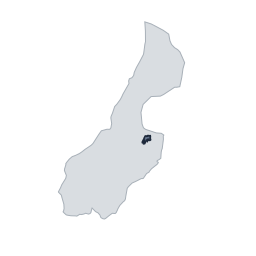 Limbažu pag., Limbaži, Latvia (highlighted), rotated 114°
{"feature_id": "27541924B16495698294804", "entity_name": "Limbažu pag.", "entity_type": "district", "adm_level": 2, "iso_a3": "LVA", "parent_name": "Latvia", "parent_adm1": "Limbaži", "projection": "equal_earth", "projection_center": [24.723, 57.482], "detail": "fine", "context": "in_parent", "style": "filled", "palette": "slate", "viewbox_px": 256, "rotation_deg": 114, "n_neighbors": 0, "source": "geoboundaries", "source_scale": "gbopen_adm2", "svg_char_len": 3716}
<svg xmlns="http://www.w3.org/2000/svg" viewBox="0 0 256 256"><g transform="rotate(114 128 128)"><path d="M186.0,170.3L184.5,170.1L180.4,169.0L176.8,167.3L174.7,165.1L171.1,162.0L168.7,160.5L164.9,158.5L158.7,154.6L156.4,153.7L145.4,152.0L141.4,151.2L137.7,146.7L136.6,144.1L134.8,143.7L132.8,144.2L130.6,144.7L125.7,147.8L124.1,148.2L121.0,148.2L113.8,148.9L110.6,147.8L104.9,146.6L101.8,146.4L99.1,146.4L87.0,145.2L84.8,146.5L82.5,146.8L80.4,144.8L77.7,144.2L74.7,144.9L69.3,144.9L62.9,144.3L54.7,143.8L53.5,144.0L44.4,146.7L42.1,147.1L32.2,151.6L24.2,155.8L23.5,149.1L24.4,135.7L25.7,129.0L31.2,125.2L34.0,122.2L35.7,118.2L36.2,114.5L37.4,111.5L45.3,102.8L51.5,101.9L59.8,99.5L69.2,97.5L70.9,100.0L71.8,102.0L82.9,109.1L85.7,111.4L89.9,119.7L100.3,123.8L108.5,122.5L112.0,120.5L118.6,116.8L121.5,114.0L122.1,111.4L121.0,100.2L119.3,95.4L119.9,92.4L121.0,92.5L123.8,91.1L132.8,88.4L134.6,88.3L136.7,87.8L142.4,85.7L144.3,86.8L145.8,88.0L146.6,88.0L147.0,87.6L146.9,86.8L147.3,86.2L149.0,86.5L155.6,89.9L158.2,90.7L159.9,90.9L162.0,92.5L167.7,93.5L168.4,94.3L168.8,95.3L174.1,99.6L176.5,101.8L181.3,103.7L183.3,104.2L191.5,102.2L193.8,101.5L195.7,101.5L197.7,102.5L202.1,104.0L206.1,104.4L206.9,104.3L210.2,104.4L211.4,105.0L212.3,107.7L216.2,109.9L219.8,111.7L220.7,112.5L221.1,114.1L220.9,116.0L220.4,116.9L219.0,118.1L217.7,120.9L217.6,123.6L215.7,128.3L216.1,128.3L220.5,127.5L221.7,128.0L222.7,129.0L223.1,132.0L224.5,133.3L226.0,135.3L226.5,137.0L229.3,138.9L229.6,140.1L231.4,144.5L232.1,147.1L232.5,149.0L231.7,151.5L231.0,153.2L230.1,153.1L227.6,153.6L223.7,155.6L218.0,160.4L216.5,161.5L215.0,165.2L214.7,165.6L211.2,165.4L210.3,165.3L206.8,165.4L199.3,164.4L196.4,165.0L192.7,168.8L191.2,169.3L186.8,169.8L186.0,170.3Z" fill="#d9dde1" stroke="#a8b0b8" stroke-width="1"/><path d="M135.8,108.0L135.0,107.2L135.4,107.0L135.4,106.9L135.2,106.7L135.4,106.7L135.5,106.6L135.4,106.5L135.6,106.5L135.5,106.4L135.3,106.5L135.2,106.4L134.9,106.3L134.4,106.3L134.2,106.3L134.1,106.2L133.7,106.2L133.6,106.3L132.0,106.4L131.9,106.1L132.0,106.1L132.2,105.4L132.1,105.2L132.3,104.9L131.9,104.9L131.8,105.0L131.6,105.1L131.3,105.2L131.2,105.2L131.1,105.5L131.0,105.8L130.9,105.7L130.5,105.5L130.6,105.4L130.5,105.2L130.4,105.2L130.2,105.0L130.4,105.0L130.4,104.9L130.4,104.7L130.6,104.8L130.6,104.7L130.8,104.6L131.0,104.5L131.0,104.4L131.0,104.5L131.0,104.4L130.9,104.3L130.9,104.2L130.7,104.1L130.8,104.0L130.8,103.9L130.7,103.7L130.7,103.4L130.6,103.2L130.4,103.0L130.3,102.9L130.2,102.7L129.9,102.7L129.6,102.5L129.4,102.6L129.4,103.0L128.6,103.4L128.4,103.3L128.2,103.4L128.0,103.5L127.9,103.5L127.7,103.8L127.6,104.0L127.3,104.1L127.2,104.1L126.8,104.0L126.7,104.0L126.4,104.2L126.2,104.3L125.9,104.5L126.2,105.0L126.4,105.7L126.5,105.6L126.5,105.8L126.8,106.2L126.9,106.3L127.1,106.3L127.3,106.4L127.4,106.5L127.3,106.8L127.2,106.8L127.0,107.0L126.9,106.9L126.9,107.0L127.0,107.1L127.3,107.1L127.5,107.4L127.8,107.3L127.9,107.5L127.9,107.8L128.1,107.8L128.2,108.0L128.1,108.4L128.1,108.5L128.1,108.8L128.2,109.0L128.5,109.1L128.8,109.1L129.3,109.1L129.6,109.1L130.1,109.2L130.3,109.1L130.5,109.1L130.9,109.2L131.0,109.1L131.3,109.1L131.6,109.0L131.6,108.9L131.8,108.9L131.8,108.7L132.0,108.6L132.3,108.4L132.4,108.5L132.5,108.7L132.5,108.8L132.4,108.8L132.3,109.0L132.5,109.2L135.0,109.3L135.2,109.2L134.7,108.8L134.7,108.6L134.3,108.5L134.0,108.3L133.8,108.3L133.7,108.3L133.2,108.4L133.3,108.2L133.1,108.0L133.2,107.8L133.3,107.7L133.7,107.9L133.8,107.9L134.0,107.8L134.2,108.0L134.3,108.0L134.5,108.2L134.4,108.0L134.5,108.0L134.8,108.1L135.0,108.2L134.9,108.2L135.0,108.2L134.9,108.3L135.0,108.3L135.4,108.4L135.5,108.2L135.8,108.0L135.8,108.0Z" fill="#64748b" stroke="#1e293b" stroke-width="1.5"/></g></svg>